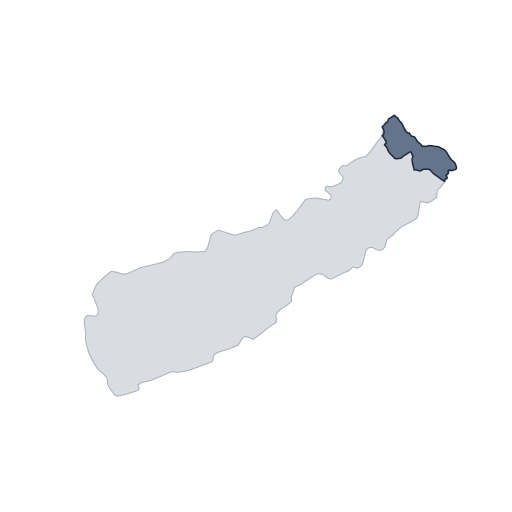 where Mechi sits in Nepal, rotated 305°
{"feature_id": "NPL-1135", "entity_name": "Mechi", "entity_type": "Administrative Zone", "adm_level": 1, "iso_a3": "NPL", "parent_name": "Nepal", "parent_adm1": "", "projection": "orthographic", "projection_center": [87.832, 27.137], "detail": "fine", "context": "in_parent", "style": "filled", "palette": "slate", "viewbox_px": 512, "rotation_deg": 305, "n_neighbors": 0, "source": "natural_earth", "source_scale": "10m", "svg_char_len": 4661}
<svg xmlns="http://www.w3.org/2000/svg" viewBox="0 0 512 512"><g transform="rotate(305 256 256)"><path d="M448.0,287.3L449.9,288.8L450.1,291.2L449.8,293.9L447.8,299.8L446.0,303.9L443.8,312.6L441.9,327.8L442.4,330.4L448.1,339.1L450.4,345.7L450.6,350.2L448.2,357.9L445.4,366.5L444.1,368.4L442.5,369.1L435.3,366.1L430.4,366.5L424.7,368.2L418.8,367.8L413.9,366.8L407.6,370.3L401.7,368.4L397.9,366.2L395.4,360.2L394.4,359.5L381.8,365.6L378.8,366.0L371.1,362.5L364.8,359.1L362.4,358.1L356.3,356.7L350.8,355.9L344.8,353.8L337.3,356.4L334.3,356.1L331.5,354.1L330.1,350.1L329.8,346.3L327.4,343.6L323.4,342.9L317.9,345.2L309.8,348.1L307.3,347.6L304.9,346.6L304.0,345.8L303.0,342.2L301.7,341.4L299.9,341.2L296.6,340.3L292.6,337.5L280.4,331.0L279.0,328.1L279.2,322.0L278.5,319.4L277.1,316.7L270.9,313.8L258.8,309.1L252.1,305.4L248.9,306.9L242.6,308.2L239.2,311.3L235.2,310.1L225.8,306.5L220.7,305.8L217.6,306.8L216.9,308.7L212.9,310.7L209.3,308.9L202.1,306.3L195.7,304.8L186.2,301.6L185.2,297.2L183.8,293.0L181.5,292.1L172.8,292.6L165.1,287.6L156.9,281.3L153.3,279.1L151.0,278.3L148.9,279.0L146.5,280.2L144.3,280.6L139.9,277.8L134.2,273.8L127.2,269.0L119.1,262.3L115.8,258.5L114.4,255.8L112.7,253.2L105.6,248.7L100.0,245.2L93.3,240.9L92.2,240.0L89.7,237.5L85.8,234.4L82.5,233.3L81.4,234.9L80.5,236.5L77.6,236.0L73.3,232.7L68.8,229.3L65.3,226.2L61.7,223.0L61.0,220.7L63.0,214.0L65.6,208.3L67.5,207.1L70.8,203.5L72.3,196.8L72.6,191.0L76.1,183.0L80.7,174.6L88.2,165.7L91.5,162.8L95.0,160.9L101.8,154.4L103.2,153.4L106.1,151.7L108.9,151.5L110.9,152.4L112.9,156.1L115.2,159.7L118.4,159.7L122.3,156.9L130.7,143.9L141.4,141.7L151.4,143.6L160.2,146.0L162.6,150.6L164.1,155.4L165.1,157.8L167.9,160.8L180.1,168.0L187.2,174.4L197.0,182.9L204.4,186.8L211.2,187.4L214.8,190.7L220.3,197.2L224.9,204.7L230.7,211.7L234.9,211.6L240.7,209.6L247.8,206.9L251.8,208.5L255.6,210.4L256.7,214.0L258.8,220.6L261.1,227.5L265.1,230.1L269.7,233.7L272.3,236.6L281.0,242.0L282.3,244.1L284.0,245.5L286.2,246.5L288.0,247.6L290.8,248.0L301.1,245.2L303.9,245.6L305.5,246.2L305.5,247.3L303.5,252.1L301.8,258.2L303.4,261.4L307.7,262.7L317.2,263.9L330.2,264.0L334.1,267.2L337.9,271.9L341.7,280.0L343.3,283.4L345.2,284.4L348.6,283.1L349.2,279.9L349.4,275.0L352.3,273.3L354.1,274.6L356.1,278.4L361.5,281.9L365.3,283.7L369.0,283.1L370.6,281.8L372.5,275.2L375.4,274.2L379.1,274.7L380.5,276.0L382.0,278.7L386.4,280.0L390.8,281.7L395.0,284.0L400.9,289.0L408.1,289.9L416.6,289.8L421.0,289.9L424.3,290.3L427.2,290.0L435.9,286.4L439.4,286.2L443.8,286.6L448.0,287.3Z" fill="#d9dde1" stroke="#a8b0b8" stroke-width="1"/><path d="M434.7,285.2L435.6,285.7L439.4,285.9L440.0,286.1L441.0,286.6L441.6,286.7L442.2,286.6L443.5,286.1L444.1,286.0L445.2,286.4L447.3,287.5L448.4,287.8L449.6,288.1L450.2,288.3L450.6,288.6L450.7,289.3L450.2,290.3L450.4,292.6L449.9,293.9L449.2,295.4L448.0,300.0L445.0,305.1L443.8,307.9L443.7,308.5L443.8,309.0L444.0,310.1L444.2,310.3L444.6,310.8L444.7,311.0L444.6,311.5L444.4,311.8L444.1,312.1L443.9,312.5L443.5,313.7L443.4,314.3L443.4,315.1L443.7,315.7L444.3,316.8L444.4,317.4L444.1,318.7L442.9,321.4L442.2,323.1L442.0,327.0L441.3,328.6L441.2,329.0L441.3,329.5L441.5,329.9L442.3,330.7L443.2,332.6L444.0,333.2L444.8,333.5L445.4,334.1L446.5,335.6L447.4,337.4L448.2,339.3L448.6,340.1L449.7,341.8L450.1,342.7L450.3,343.6L450.5,346.0L451.0,348.2L451.0,349.2L450.9,350.2L450.7,351.3L449.9,353.7L447.7,358.1L447.0,360.5L446.7,361.7L446.6,362.2L446.8,362.9L446.4,365.2L444.9,367.8L443.1,369.8L441.5,370.0L440.8,369.3L439.2,368.3L438.5,367.7L438.2,367.1L437.9,366.2L437.7,365.7L437.6,365.8L436.4,364.8L436.3,364.6L435.5,364.8L434.0,366.1L433.1,366.1L432.2,365.6L431.4,365.3L430.7,365.5L430.4,366.7L430.0,367.6L429.3,367.9L428.5,367.8L427.8,367.2L427.0,366.8L426.0,367.2L425.4,367.6L425.2,366.8L425.1,366.0L425.3,354.0L426.3,349.4L426.3,348.5L426.2,348.1L425.5,346.7L423.1,343.3L421.1,342.5L420.2,342.0L419.8,341.6L419.4,340.9L418.3,337.7L417.2,336.1L418.2,335.2L420.5,332.4L423.3,329.5L424.5,328.6L425.1,328.2L427.3,327.5L427.7,327.2L428.1,326.9L428.3,326.5L428.5,326.0L428.6,325.5L428.8,325.1L429.6,324.4L429.9,324.0L430.0,323.7L430.0,323.4L429.9,323.0L429.7,322.7L428.9,322.1L426.8,321.3L422.1,319.3L419.9,318.9L419.4,318.7L419.0,318.4L416.1,315.2L415.8,314.7L415.6,314.0L415.7,313.2L415.8,312.2L416.2,310.8L416.7,307.6L417.3,305.4L417.7,304.5L418.2,303.5L419.1,302.3L419.7,301.3L420.2,299.9L420.6,297.9L420.9,297.5L421.2,297.3L421.6,297.4L421.9,297.6L422.2,297.8L422.6,298.0L423.0,298.0L423.5,297.7L424.0,297.1L424.8,295.9L425.8,293.7L427.0,290.4L428.1,290.8L429.3,290.7L430.8,290.0L431.9,289.0L432.8,287.7L433.6,286.2L434.2,285.3L434.7,285.2Z" fill="#64748b" stroke="#1e293b" stroke-width="1.5"/></g></svg>